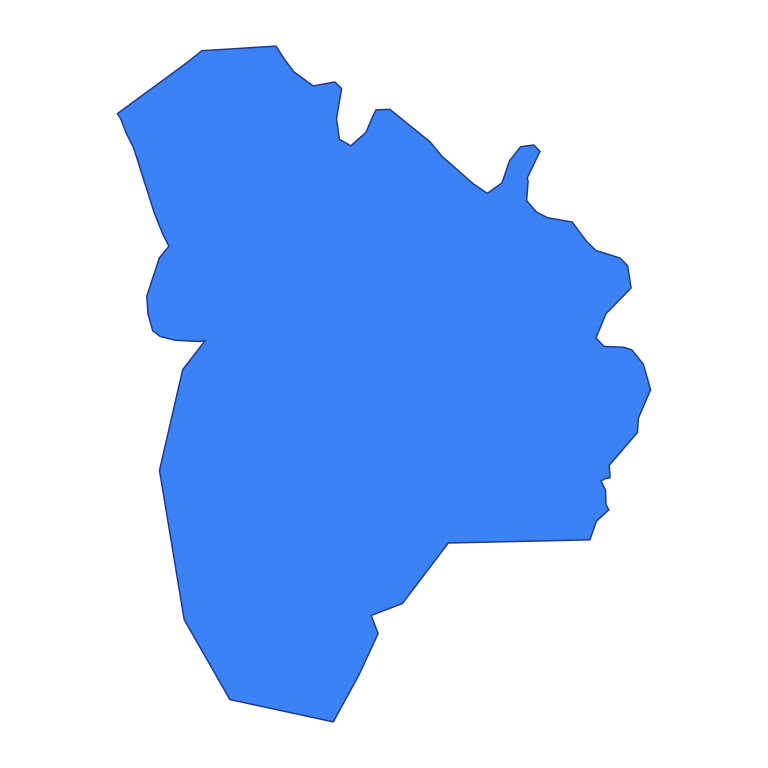 Sinja, Sennar, Sudan (Mercator projection)
{"feature_id": "16777658B54691568406545", "entity_name": "Sinja", "entity_type": "district", "adm_level": 2, "iso_a3": "SDN", "parent_name": "Sudan", "parent_adm1": "Sennar", "projection": "mercator", "projection_center": [33.787, 13.125], "detail": "fine", "context": "isolated", "style": "filled", "palette": "blue", "viewbox_px": 768, "rotation_deg": 0, "n_neighbors": 0, "source": "geoboundaries", "source_scale": "gbopen_adm2", "svg_char_len": 1084}
<svg xmlns="http://www.w3.org/2000/svg" viewBox="0 0 768 768"><path d="M610.1,477.7L609.2,465.3L637.5,432.4L638.0,422.8L638.6,417.6L650.6,389.7L643.3,364.2L631.7,349.8L623.9,347.3L604.0,346.4L595.9,338.0L606.0,313.7L631.1,288.0L627.6,265.8L620.2,258.1L595.9,250.5L586.5,241.3L572.2,222.1L547.5,217.7L536.7,212.2L526.6,200.7L528.1,181.6L527.2,178.0L540.0,151.4L533.8,145.0L520.7,146.7L509.5,160.8L502.0,182.9L487.3,193.4L473.5,184.0L442.0,156.3L430.3,142.1L389.9,109.4L376.1,109.8L373.0,115.9L365.9,132.4L350.8,145.8L339.4,139.3L336.5,118.5L341.6,88.5L334.8,82.0L313.1,85.9L294.2,72.1L284.9,60.0L276.0,46.1L201.9,50.7L185.8,63.5L117.4,113.6L121.0,119.4L126.3,133.4L133.5,147.5L154.5,213.6L162.7,233.8L168.9,246.2L159.4,257.8L146.8,296.2L147.9,313.6L152.7,330.7L160.2,336.5L175.0,340.2L198.3,341.5L205.1,340.7L182.7,369.6L159.5,470.4L184.2,619.7L229.9,699.6L333.3,721.9L359.2,674.4L378.1,633.6L371.2,615.4L402.4,603.5L448.3,543.0L589.9,539.8L596.4,521.2L608.8,509.9L606.0,504.5L605.5,490.1L601.0,481.0L605.2,478.6L610.1,477.7Z" fill="#3b82f6" stroke="#1e3a8a" stroke-width="1.5"/></svg>